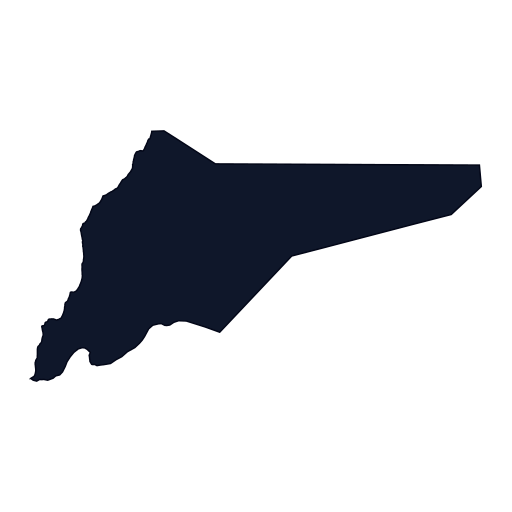 outline of Bitica, Litoral, Equatorial Guinea
{"feature_id": "11065452B13026737962858", "entity_name": "Bitica", "entity_type": "district", "adm_level": 2, "iso_a3": "GNQ", "parent_name": "Equatorial Guinea", "parent_adm1": "Litoral", "projection": "equal_earth", "projection_center": [9.489, 1.359], "detail": "fine", "context": "isolated", "style": "filled", "palette": "ink", "viewbox_px": 512, "rotation_deg": 0, "n_neighbors": 0, "source": "geoboundaries", "source_scale": "gbopen_adm2", "svg_char_len": 5176}
<svg xmlns="http://www.w3.org/2000/svg" viewBox="0 0 512 512"><path d="M479.4,165.1L413.4,164.8L385.0,164.7L384.7,164.7L324.9,164.4L323.6,164.4L215.4,163.9L176.9,139.1L164.0,130.9L151.8,131.3L151.6,132.8L151.1,134.6L150.7,136.1L150.6,136.3L150.0,138.5L149.7,138.9L148.7,139.1L148.3,139.9L147.8,140.8L147.6,141.7L147.2,142.7L146.7,143.6L146.4,144.5L146.0,145.3L145.6,146.2L145.1,147.0L144.7,148.3L144.5,148.8L144.1,149.3L143.9,149.8L143.7,150.2L143.1,150.8L142.3,151.0L141.5,150.8L140.9,150.7L140.3,150.7L139.5,150.9L139.0,151.2L137.9,151.6L137.3,151.6L136.8,151.8L136.3,152.2L136.0,152.7L135.5,153.6L135.2,154.2L134.8,155.0L134.5,155.8L134.5,156.4L134.3,157.2L134.2,157.7L134.0,158.5L133.7,159.5L133.6,160.1L133.6,160.6L133.4,161.1L133.2,161.6L133.2,162.0L133.2,162.5L133.1,163.1L133.0,163.9L132.6,164.6L132.7,165.1L132.7,166.2L132.6,166.9L132.6,167.6L132.2,168.9L131.9,169.4L131.4,170.2L130.9,171.1L130.5,171.9L130.2,172.2L129.6,172.9L129.2,173.4L128.7,174.0L128.3,174.4L127.6,175.7L127.4,176.3L127.1,176.6L126.6,177.1L126.1,177.6L125.7,177.8L125.3,178.2L124.8,178.7L124.0,179.2L123.4,179.4L123.0,179.6L122.6,179.8L122.1,180.5L121.8,181.0L121.4,181.5L121.1,182.1L120.7,182.8L120.3,183.5L119.7,184.2L119.4,184.7L119.0,185.4L118.7,186.0L118.1,187.1L117.7,187.7L116.8,188.5L116.1,188.7L115.2,189.1L114.6,189.7L114.1,190.1L113.4,190.5L112.6,191.1L111.9,191.6L111.1,191.8L109.9,192.5L109.3,192.9L108.6,193.2L107.8,193.8L107.2,194.2L106.7,194.8L106.1,194.9L105.4,195.3L104.8,195.4L104.4,195.6L103.9,195.8L103.5,195.8L103.1,195.9L102.8,196.6L102.4,197.7L102.0,198.7L101.6,199.6L101.1,200.4L100.8,200.9L100.3,201.8L99.9,202.3L99.7,202.6L99.2,203.2L98.1,203.9L97.3,204.5L96.6,205.0L95.8,205.4L95.0,205.9L94.2,206.1L93.8,206.3L93.4,206.3L93.0,206.4L92.7,207.4L92.3,208.4L91.8,209.4L91.4,210.5L90.9,211.6L90.6,212.8L90.0,214.1L89.7,214.8L89.1,216.1L88.7,216.7L88.2,217.7L88.0,218.4L87.6,219.2L87.2,219.9L86.8,220.6L86.6,221.1L85.7,221.8L85.4,222.1L85.1,222.8L84.7,223.1L84.0,223.4L83.5,223.4L83.0,223.8L82.7,224.4L82.7,225.1L82.4,226.0L82.1,226.6L81.8,227.0L81.5,227.8L81.1,228.2L80.8,228.6L80.6,229.1L80.6,229.8L80.6,230.5L80.9,231.3L81.1,232.1L81.3,233.3L81.5,234.6L81.7,235.6L82.0,237.0L82.2,237.9L82.3,238.8L82.5,239.8L83.0,240.8L82.8,241.2L82.5,241.5L82.5,242.1L82.5,243.0L82.8,243.7L82.9,244.7L82.8,245.7L82.8,246.6L83.1,247.3L83.2,248.5L83.3,249.4L83.4,250.3L83.4,251.1L83.5,252.0L83.7,252.8L83.7,254.1L83.8,255.1L83.9,255.8L83.9,256.7L83.8,257.7L83.7,258.6L83.5,259.4L83.5,260.2L83.4,261.3L83.2,262.0L83.0,262.7L82.4,263.3L82.1,263.9L82.0,264.9L82.1,266.5L82.1,267.5L82.0,268.6L82.0,269.5L82.0,270.2L82.1,271.3L82.2,272.6L82.2,273.6L82.2,274.5L82.4,275.4L82.3,276.6L82.2,277.9L82.0,278.8L81.7,279.9L81.3,281.5L80.8,282.8L80.4,283.9L79.9,284.9L79.6,285.9L79.2,286.8L78.6,287.6L78.0,288.7L77.4,289.5L76.7,290.5L76.1,291.1L74.8,291.8L74.0,292.2L73.2,292.2L72.3,292.1L71.9,292.1L71.3,292.0L70.5,292.3L70.3,292.7L70.2,293.4L70.0,294.3L69.9,295.0L69.5,296.1L69.4,296.7L68.9,297.8L68.4,298.7L68.0,300.1L67.5,301.1L66.8,301.7L66.1,302.2L65.5,302.6L65.2,303.3L65.1,303.9L64.9,304.8L65.0,305.8L64.6,307.1L64.6,308.0L64.5,309.2L64.3,310.0L64.2,310.9L63.9,311.6L63.7,312.4L63.4,313.3L62.9,314.4L62.7,315.2L62.2,316.0L61.7,317.0L61.2,318.0L60.6,318.4L59.7,318.8L59.1,319.2L58.3,319.6L57.5,319.7L56.6,320.2L55.9,319.8L55.0,319.5L53.9,319.1L53.1,318.9L52.0,319.0L51.4,318.9L50.4,319.1L49.7,319.1L49.1,319.1L48.6,319.5L48.1,320.1L47.9,321.0L47.4,321.6L46.9,321.9L46.1,322.1L45.6,322.3L45.1,322.9L44.9,324.1L44.7,324.8L44.2,325.4L43.8,325.6L43.2,325.8L42.5,325.8L42.0,326.0L41.8,326.4L41.8,327.0L42.1,327.7L42.2,328.7L42.4,329.9L42.6,330.9L42.9,332.0L43.1,332.8L43.1,333.5L43.2,334.3L43.2,335.4L42.9,336.0L42.6,336.8L42.4,337.5L42.2,338.3L42.0,339.2L41.9,340.1L41.8,341.1L41.4,342.4L41.0,342.9L40.3,343.6L39.8,344.2L39.6,344.8L39.4,345.2L39.1,345.6L38.4,346.1L38.2,346.4L37.8,347.0L37.6,347.9L37.4,349.2L37.4,350.2L37.4,351.2L37.4,352.2L37.4,353.1L37.4,353.8L37.4,354.7L37.3,355.7L37.3,356.9L37.3,357.9L36.3,359.5L36.0,360.0L35.8,360.4L35.6,361.4L35.4,362.1L35.2,362.6L35.2,363.4L35.2,364.4L35.4,365.7L35.5,367.1L35.6,367.7L35.7,368.8L35.8,370.5L35.6,372.0L35.3,373.4L35.1,374.3L34.8,375.0L34.4,375.8L34.0,376.5L33.5,376.8L32.8,377.1L32.1,377.6L31.2,378.1L30.8,378.4L30.7,378.5L30.8,378.5L31.1,378.7L33.2,380.2L34.8,380.6L36.7,381.1L39.5,379.5L41.8,379.6L43.7,379.4L47.7,380.2L53.1,378.2L55.7,375.9L59.7,374.9L62.5,371.9L65.2,366.5L67.0,361.8L70.2,356.8L73.8,352.4L78.2,348.9L82.1,347.7L84.7,347.9L87.1,349.3L90.3,352.4L90.1,353.3L89.6,354.2L89.2,355.4L89.5,357.0L89.6,358.0L89.7,359.2L89.9,360.0L89.9,360.8L90.0,361.6L90.5,362.3L91.2,363.6L91.7,364.3L92.3,364.5L93.1,364.5L94.0,364.5L94.9,364.5L95.5,364.7L96.3,365.4L97.2,365.6L98.2,365.4L99.4,365.2L100.5,365.0L101.5,364.9L102.2,364.8L103.1,364.7L103.4,364.7L110.5,363.5L116.2,359.6L121.7,356.7L127.4,351.7L134.8,347.6L139.5,343.2L142.2,340.1L144.5,336.6L148.7,328.8L152.8,325.2L158.5,323.8L161.4,323.6L164.7,325.3L166.7,325.5L169.8,325.0L173.8,322.3L178.6,320.7L186.3,321.0L205.3,327.0L219.7,332.2L291.7,256.0L326.8,246.9L327.1,246.8L413.5,224.2L451.2,214.5L481.3,186.5L479.4,165.1Z" fill="#0f172a" stroke="#020617" stroke-width="1.5"/></svg>